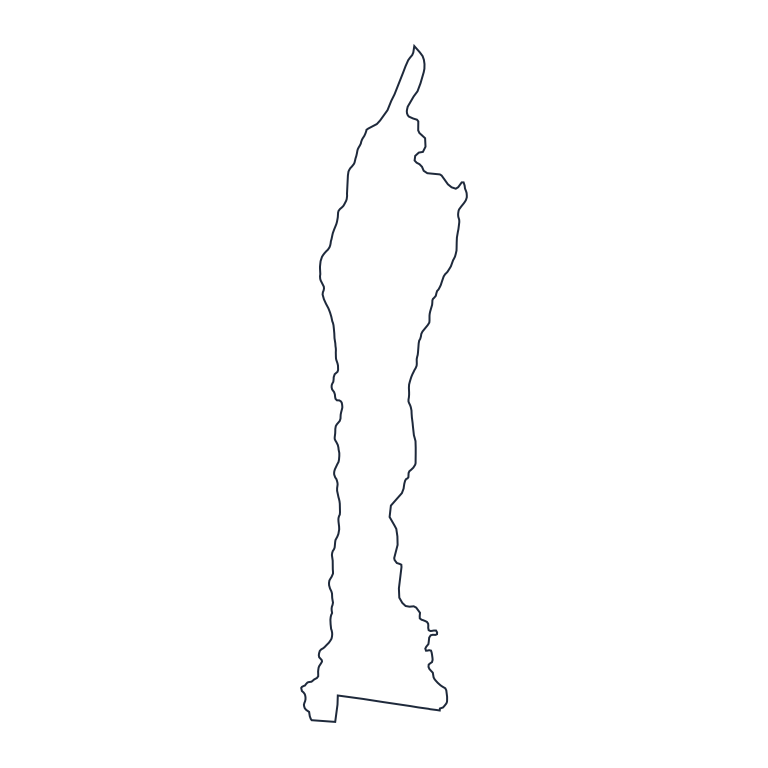 Cuyotenango, Suchitepéquez, Guatemala (Robinson projection)
{"feature_id": "79465075B79840770909304", "entity_name": "Cuyotenango", "entity_type": "district", "adm_level": 2, "iso_a3": "GTM", "parent_name": "Guatemala", "parent_adm1": "Suchitepéquez", "projection": "robinson", "projection_center": [-91.565, 14.495], "detail": "fine", "context": "isolated", "style": "outline", "palette": "slate", "viewbox_px": 768, "rotation_deg": 0, "n_neighbors": 0, "source": "geoboundaries", "source_scale": "gbopen_adm2", "svg_char_len": 6110}
<svg xmlns="http://www.w3.org/2000/svg" viewBox="0 0 768 768"><path d="M464.6,185.5L463.6,182.4L461.7,182.4L458.2,187.2L455.8,188.7L451.6,187.3L447.9,184.3L441.6,175.5L439.8,174.4L427.3,173.2L423.7,170.8L422.0,166.8L419.5,164.2L416.6,162.7L414.6,160.5L415.2,155.9L418.8,152.6L422.9,151.9L425.5,146.7L425.1,138.2L419.4,133.0L418.2,130.4L418.3,121.4L417.0,119.7L413.1,118.5L408.9,116.6L407.8,115.3L407.0,113.3L406.8,111.1L407.1,109.3L407.7,106.7L413.7,96.4L417.5,91.3L420.5,83.3L423.7,72.3L424.4,68.8L424.5,64.1L423.9,59.8L422.6,56.1L419.8,52.3L414.3,46.1L413.3,52.5L412.2,55.1L410.0,57.7L408.2,60.2L405.5,66.3L403.0,72.9L394.5,94.4L391.3,100.8L387.5,110.2L380.1,120.5L376.9,124.0L368.2,128.6L366.5,129.8L366.2,131.2L365.4,133.5L364.3,135.9L362.6,138.5L361.9,139.9L361.2,141.8L360.8,143.6L359.8,145.6L358.7,147.4L357.8,149.2L357.4,150.6L356.9,153.4L356.3,156.0L355.5,158.5L355.0,160.7L354.5,162.7L353.8,164.1L351.9,166.5L350.2,168.3L349.1,170.2L348.5,171.5L348.1,174.1L347.9,175.6L347.2,189.6L347.1,191.8L347.0,193.6L347.1,195.9L346.9,197.5L346.7,199.1L346.1,200.9L344.1,204.7L343.3,206.0L341.8,207.5L340.0,209.0L338.6,210.8L338.1,212.5L337.8,217.2L337.5,219.0L337.0,221.7L336.4,223.9L335.7,225.7L334.1,229.6L333.5,231.3L332.9,232.9L332.5,234.5L331.5,239.2L330.9,241.2L330.6,243.5L330.2,245.4L329.5,247.3L327.9,249.7L326.3,251.2L324.5,253.2L323.2,254.9L322.0,256.8L320.6,261.1L320.4,262.8L320.0,266.5L320.0,268.2L320.2,272.2L320.3,274.1L320.0,276.3L320.2,278.8L320.7,280.5L323.8,286.6L324.0,288.5L323.6,290.5L322.9,292.2L322.6,294.5L323.9,299.2L325.9,303.6L328.4,308.3L329.0,309.8L330.1,312.7L331.3,316.7L332.3,321.3L333.0,323.1L333.5,325.3L333.9,329.0L334.3,333.5L334.5,338.2L335.3,343.3L335.5,346.2L335.8,348.2L335.9,350.2L335.8,352.4L335.9,356.8L336.0,358.5L336.3,359.9L337.5,363.4L338.0,365.6L338.1,369.9L337.5,371.8L336.0,373.1L334.7,374.2L333.7,377.2L333.6,379.5L333.3,381.8L332.2,383.8L331.7,385.2L331.6,387.2L332.1,389.4L334.1,392.1L334.9,394.5L335.1,396.8L335.5,398.8L336.9,400.3L339.3,400.4L340.8,401.3L341.7,402.6L342.1,404.5L342.3,406.3L342.3,407.8L341.1,412.5L340.7,414.5L340.6,415.9L340.5,418.6L339.7,421.0L336.8,424.4L335.8,426.1L335.3,429.0L335.3,430.6L335.2,433.3L334.7,437.3L334.7,438.9L335.3,440.4L336.4,442.2L337.8,445.0L338.4,447.5L338.6,449.5L339.3,453.0L339.3,456.0L339.0,459.7L338.5,462.0L337.4,464.0L334.9,469.3L334.3,471.3L334.1,473.1L334.2,474.6L335.2,477.4L336.4,479.1L337.0,480.9L337.5,483.0L337.6,484.6L337.1,488.2L337.1,490.8L338.5,497.3L339.0,499.0L339.5,501.3L339.8,503.7L340.0,512.2L339.8,514.6L339.0,516.2L338.5,518.1L338.4,519.5L338.5,521.6L339.1,526.7L339.2,529.4L338.7,532.2L338.4,533.9L337.3,536.7L335.5,540.0L335.2,541.8L334.8,546.1L334.6,547.7L333.9,549.4L332.8,551.0L332.2,552.9L331.9,555.0L332.7,560.7L332.8,569.4L333.0,571.8L333.0,573.6L331.6,576.8L330.4,578.7L329.4,580.5L329.0,583.0L329.1,585.3L330.0,588.5L331.4,591.4L332.0,593.5L332.2,597.9L332.6,600.5L333.0,602.6L332.5,605.1L331.9,606.6L331.6,608.6L331.7,610.6L332.1,613.0L331.2,615.0L330.7,617.0L330.4,619.7L330.6,624.2L331.1,628.9L331.6,630.2L332.1,632.6L332.2,634.3L332.0,636.5L331.5,638.7L330.5,640.4L328.9,642.7L327.9,643.7L326.3,645.3L324.7,647.0L323.3,648.2L321.2,649.4L319.8,650.9L319.1,653.2L318.8,655.2L319.2,657.3L320.7,658.9L321.8,660.2L322.0,661.6L321.1,663.2L319.2,666.1L318.6,667.7L318.3,669.7L318.1,671.6L318.2,673.9L318.2,676.3L316.9,678.0L314.1,679.5L313.1,680.4L311.5,681.7L308.7,682.1L307.5,682.5L305.9,684.2L305.0,685.5L303.6,686.0L301.9,686.9L301.2,688.0L301.9,691.0L303.6,692.5L304.8,694.2L305.2,695.5L305.5,697.2L305.5,699.3L305.1,701.2L304.4,702.9L303.9,704.8L304.2,706.5L304.8,708.3L306.3,710.0L309.1,711.9L309.8,716.3L310.8,719.0L311.7,720.2L335.2,721.9L337.5,704.6L337.8,695.5L362.8,698.9L382.7,702.0L410.5,706.1L418.2,707.4L428.5,708.8L430.1,709.2L436.6,710.0L439.7,710.5L439.9,708.5L443.0,707.5L444.6,705.7L446.4,703.4L447.0,701.8L447.1,700.3L447.1,696.8L446.3,690.4L445.3,688.3L442.4,686.6L440.5,685.3L437.7,682.8L435.6,680.5L434.5,679.1L433.6,677.4L432.8,672.7L431.2,671.0L429.4,669.0L428.5,666.9L428.7,664.6L430.1,663.4L432.0,662.1L432.6,659.9L432.5,658.1L432.0,654.5L431.6,652.4L431.0,650.6L429.1,650.2L427.6,650.6L426.0,650.7L425.3,648.6L426.2,646.8L428.4,644.1L428.7,642.1L429.2,637.6L430.7,635.3L432.7,634.8L435.6,634.9L437.0,634.2L437.1,632.4L436.0,630.5L434.7,630.5L433.3,630.6L431.9,630.9L430.4,631.0L428.7,630.2L428.2,627.9L428.3,625.4L428.1,623.6L426.9,621.9L425.1,621.0L423.1,620.2L421.5,619.7L419.8,618.4L419.7,616.2L420.0,612.8L416.2,607.6L413.7,606.3L409.5,606.7L405.6,606.0L402.3,602.9L399.3,597.7L398.9,588.4L401.5,567.0L401.3,564.7L399.6,563.9L396.8,563.0L394.6,560.0L394.2,558.1L397.6,544.9L397.4,536.4L396.3,528.9L394.6,525.7L389.6,517.0L390.9,505.6L401.9,493.1L403.6,488.6L403.9,486.4L404.3,483.8L404.7,482.2L405.2,480.5L406.2,479.0L407.5,478.4L408.4,477.2L408.5,474.9L408.6,473.0L409.4,471.2L411.1,469.8L413.3,467.7L414.2,466.3L415.2,464.7L415.6,463.1L415.6,461.1L415.7,453.1L415.7,447.7L415.5,441.1L414.6,437.7L413.9,435.2L412.9,426.2L412.6,423.0L412.1,419.1L411.9,417.6L411.6,413.5L411.5,410.6L410.8,407.2L410.2,405.4L409.0,402.9L408.5,401.5L408.5,399.6L408.9,397.3L409.1,394.8L409.1,392.3L408.9,387.8L409.1,384.5L409.8,381.8L410.7,378.8L411.4,376.7L412.4,374.3L413.6,371.9L414.4,370.2L415.6,368.2L416.6,365.8L416.8,363.9L416.7,359.1L417.2,356.7L417.7,354.9L418.0,352.4L418.7,343.3L419.2,340.6L420.2,338.9L420.9,336.5L421.3,333.9L422.5,331.5L427.8,325.0L429.3,322.6L429.5,320.8L429.5,315.7L429.7,313.8L430.1,311.8L430.6,310.0L432.1,304.9L432.3,302.8L432.4,300.4L432.9,299.0L434.4,297.5L435.8,295.8L436.4,293.2L437.1,291.0L438.5,289.5L439.9,286.9L440.8,285.0L442.0,281.3L443.7,276.4L445.2,274.1L446.2,273.2L447.5,271.8L449.9,268.0L450.9,266.3L453.1,260.2L453.8,259.0L455.0,256.6L455.7,254.1L456.5,250.6L456.6,247.8L456.7,242.5L456.9,237.6L457.9,231.7L458.4,229.3L458.6,227.7L458.9,225.4L459.3,222.0L459.2,219.8L458.3,216.8L458.1,214.8L458.2,213.2L458.6,210.7L459.1,209.4L461.3,206.4L463.8,203.3L464.8,201.9L465.8,200.3L466.3,198.9L466.8,197.3L466.8,195.3L466.6,193.0L466.1,191.3L465.0,188.5L464.6,185.5Z" fill="none" stroke="#1e293b" stroke-width="2"/></svg>